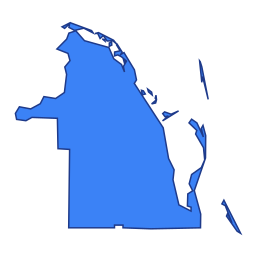 outline of Isla Mujeres, Quintana Roo, Mexico
{"feature_id": "50627088B16692163202625", "entity_name": "Isla Mujeres", "entity_type": "district", "adm_level": 2, "iso_a3": "MEX", "parent_name": "Mexico", "parent_adm1": "Quintana Roo", "projection": "natural_earth1", "projection_center": [-86.89, 21.403], "detail": "medium", "context": "isolated", "style": "filled", "palette": "blue", "viewbox_px": 256, "rotation_deg": 0, "n_neighbors": 0, "source": "geoboundaries", "source_scale": "gbopen_adm2", "svg_char_len": 1820}
<svg xmlns="http://www.w3.org/2000/svg" viewBox="0 0 256 256"><path d="M200.5,227.8L200.7,214.1L194.3,190.6L205.5,158.0L205.7,135.5L203.0,125.4L201.3,128.4L203.4,137.0L196.9,122.9L191.6,119.2L189.0,122.9L196.8,130.4L195.6,134.0L203.5,147.7L204.7,159.9L201.3,167.6L191.6,174.5L189.2,183.8L192.7,190.8L187.8,193.9L187.4,206.0L191.1,207.2L191.0,211.1L178.9,204.9L173.0,179.8L174.1,169.8L168.6,158.6L163.2,127.8L134.3,83.4L136.5,79.9L134.4,69.8L124.0,52.6L120.7,54.5L122.1,52.0L117.2,44.3L116.6,45.0L120.1,50.8L114.6,52.0L114.5,55.9L117.8,54.9L121.6,56.9L126.5,61.1L123.4,66.5L124.5,72.0L121.5,64.5L113.7,58.7L108.9,47.5L84.5,40.7L75.8,30.8L68.9,33.1L66.7,39.1L56.9,49.0L68.0,53.4L70.0,60.7L64.8,67.0L66.6,74.4L64.4,92.5L55.6,98.5L43.9,96.6L40.3,103.7L30.7,108.9L19.4,106.8L15.4,113.4L16.6,119.4L25.9,120.7L31.9,117.4L57.4,118.3L58.0,148.7L69.6,149.4L68.7,227.8L114.5,227.8L114.5,225.1L123.0,225.1L123.0,227.8L151.0,228.8L200.5,227.8ZM223.9,200.2L221.9,203.9L225.3,205.7L232.0,222.9L227.6,213.5L226.5,216.1L237.1,231.2L240.6,233.3L223.9,200.2ZM64.6,28.4L69.6,23.8L68.9,27.4L74.6,30.4L83.8,28.2L93.2,33.0L91.6,30.6L70.2,22.7L62.1,26.8L64.6,28.4ZM98.5,32.6L95.0,33.5L97.7,33.4L100.1,38.5L103.3,35.6L107.1,41.0L112.8,40.7L116.7,44.1L113.5,40.2L98.5,32.6ZM208.2,99.4L201.8,66.8L200.2,61.7L199.6,60.9L201.8,82.3L202.6,76.5L208.2,99.4ZM178.6,110.9L171.1,114.2L164.6,111.9L162.7,113.6L165.0,116.7L168.4,115.9L162.5,120.9L178.6,110.9ZM147.7,89.1L148.5,91.9L152.2,95.0L151.6,92.1L147.7,89.1ZM156.0,95.2L155.2,98.2L156.3,99.9L151.6,103.9L155.6,103.0L156.5,99.8L156.0,95.2ZM111.6,42.1L109.3,43.0L109.3,46.3L111.8,45.1L111.6,42.1ZM141.5,90.3L142.4,94.8L145.3,94.0L143.4,90.9L141.5,90.3ZM104.7,39.7L102.3,38.9L105.0,41.1L104.7,39.7ZM125.7,61.3L123.3,58.9L124.6,63.7L125.7,61.3Z" fill="#3b82f6" stroke="#1e3a8a" stroke-width="1.5"/></svg>